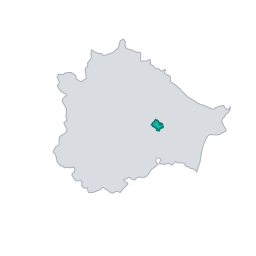 Nyasvizh, Minsk, Belarus (highlighted), rotated 209°
{"feature_id": "67162791B10653728732828", "entity_name": "Nyasvizh", "entity_type": "district", "adm_level": 2, "iso_a3": "BLR", "parent_name": "Belarus", "parent_adm1": "Minsk", "projection": "mercator", "projection_center": [26.624, 53.238], "detail": "fine", "context": "in_parent", "style": "filled", "palette": "teal", "viewbox_px": 256, "rotation_deg": 209, "n_neighbors": 0, "source": "geoboundaries", "source_scale": "gbopen_adm2", "svg_char_len": 5673}
<svg xmlns="http://www.w3.org/2000/svg" viewBox="0 0 256 256"><g transform="rotate(209 128 128)"><path d="M197.7,178.7L194.3,178.5L190.1,178.6L187.8,180.3L185.2,179.5L183.4,180.4L179.3,184.8L177.7,187.2L176.2,190.9L175.3,193.7L175.8,195.6L176.5,197.3L176.7,199.2L177.1,200.7L176.1,201.8L175.5,203.4L173.8,203.1L171.6,201.6L171.2,199.4L169.6,197.9L168.5,197.1L166.7,197.0L163.9,197.7L160.2,198.3L157.4,198.4L155.9,199.2L153.6,199.9L152.8,199.0L151.5,196.6L150.5,194.1L149.8,193.0L149.2,192.7L148.4,192.8L147.5,193.6L146.9,194.4L144.6,195.3L143.5,196.2L142.4,198.4L141.6,198.3L140.9,197.8L140.0,195.2L138.8,194.7L136.8,194.6L134.4,194.1L132.4,193.3L131.7,193.5L130.5,194.6L129.2,194.7L126.5,193.8L125.9,194.2L124.3,197.0L123.6,197.1L123.1,196.8L123.4,194.4L121.8,193.5L119.1,193.4L117.1,193.7L116.2,193.6L115.7,193.1L113.4,189.1L112.1,188.8L109.9,189.0L106.7,188.5L102.9,187.6L100.8,187.3L99.7,186.3L97.4,186.0L91.2,184.3L88.6,184.0L84.9,184.0L79.2,183.6L75.5,183.8L73.8,184.4L71.9,184.7L65.1,185.2L62.6,185.7L61.9,186.5L61.2,188.4L58.4,191.6L55.6,193.8L55.1,194.0L53.6,192.8L52.2,192.5L50.7,192.3L49.6,192.7L48.9,193.2L49.0,195.7L48.8,196.0L47.6,193.0L47.7,190.3L48.4,188.8L49.2,187.4L48.9,185.3L49.7,182.5L49.7,180.5L49.3,179.7L48.7,178.7L46.9,177.6L46.2,176.7L43.8,175.5L41.4,174.1L41.0,173.2L41.1,172.6L41.5,171.7L43.3,169.0L45.3,166.3L46.5,165.3L53.2,161.9L54.2,160.7L54.5,158.7L54.4,154.6L54.0,150.9L53.5,148.4L52.2,143.5L48.7,133.5L46.6,122.9L48.0,123.6L51.2,123.8L53.7,123.1L55.0,123.0L56.2,123.2L59.5,122.6L60.4,123.6L61.8,124.4L64.8,123.2L67.4,121.7L70.1,121.9L70.4,121.1L71.1,117.4L71.9,116.6L75.1,116.9L76.3,116.3L77.6,114.4L79.5,113.2L81.1,113.2L82.7,111.9L83.5,112.8L83.9,114.4L83.4,115.6L83.6,116.1L84.7,116.7L86.7,116.7L88.0,116.2L88.3,115.5L88.3,114.2L87.9,113.0L87.1,111.9L85.5,111.4L84.5,111.4L84.3,110.7L84.6,109.3L85.6,106.7L86.8,104.3L87.5,103.4L87.6,102.6L87.5,101.2L87.5,98.6L88.5,94.9L90.0,92.2L91.9,91.3L94.2,90.8L95.7,89.5L96.5,88.0L97.1,85.7L97.9,85.2L103.5,85.5L104.4,83.1L104.9,82.5L105.9,81.8L106.7,80.9L106.4,80.3L105.0,79.9L101.6,79.5L100.9,78.7L101.1,77.7L102.0,75.3L102.9,72.1L103.3,69.7L103.4,68.2L103.9,67.8L106.6,67.4L107.6,66.9L109.9,63.5L111.8,62.9L116.4,63.8L118.6,63.7L121.3,64.0L121.6,63.6L122.5,60.3L127.2,54.9L129.6,53.1L131.2,52.6L131.7,52.7L134.2,55.6L134.8,55.7L136.5,54.5L139.3,54.4L140.7,55.4L142.6,58.9L143.6,59.3L146.3,57.3L147.9,56.7L148.9,56.7L154.1,59.4L154.5,60.3L154.6,61.3L153.7,64.4L154.8,66.4L156.1,67.7L158.8,65.5L159.8,64.9L160.9,64.9L162.3,64.1L163.4,62.9L164.4,62.5L166.3,62.7L169.8,62.5L173.9,64.4L174.2,64.9L176.3,67.2L177.0,68.3L177.6,68.6L178.7,69.7L180.2,70.4L181.2,70.2L181.7,70.5L182.1,71.4L182.1,72.8L182.0,76.9L180.5,79.1L180.3,79.8L180.4,80.7L181.6,82.5L183.1,85.3L183.4,86.8L183.4,88.0L181.4,91.5L180.7,92.3L180.2,94.1L180.0,95.8L180.1,96.5L183.5,99.3L186.0,100.8L186.6,101.5L186.6,102.0L185.3,104.9L185.2,105.7L187.2,106.9L188.3,108.9L189.3,112.0L191.2,115.0L198.3,119.3L198.9,120.1L199.1,121.0L198.9,123.1L197.6,126.9L198.8,127.5L201.9,127.4L205.7,127.8L210.3,130.6L210.3,131.8L209.8,132.9L210.1,134.1L210.6,135.1L214.6,138.1L214.9,139.0L215.0,140.4L214.9,141.5L213.8,141.7L212.6,142.2L210.6,143.5L209.8,145.4L206.6,147.9L204.6,149.0L203.1,149.0L199.3,148.5L198.0,147.3L197.4,146.2L196.0,145.7L194.1,145.6L191.4,145.8L190.9,146.1L190.5,147.5L189.3,149.9L188.5,151.3L191.9,155.9L193.6,157.9L194.1,159.0L194.1,159.9L193.3,160.9L193.4,162.8L195.0,165.5L194.5,165.9L194.3,169.1L194.3,172.5L194.8,173.3L195.7,173.9L196.4,175.2L197.6,178.0L197.7,178.7Z" fill="#d9dde1" stroke="#a8b0b8" stroke-width="1"/><path d="M99.3,140.8L99.3,141.0L99.5,141.4L99.4,141.7L99.4,141.8L99.5,142.0L99.8,142.1L99.9,142.3L99.7,142.6L99.7,143.1L99.7,143.4L99.7,143.7L99.5,143.9L99.3,143.9L98.9,143.9L98.8,144.0L98.7,144.3L98.7,144.5L98.3,144.6L98.2,144.7L98.2,145.0L98.0,145.3L97.9,145.4L97.6,145.5L97.6,145.8L97.7,146.0L98.0,146.1L98.5,146.2L98.7,146.4L98.8,146.7L98.9,146.9L99.1,147.3L99.3,147.5L99.5,147.7L99.7,148.0L100.0,148.1L100.5,148.3L100.8,148.2L101.0,148.2L100.9,147.9L100.8,147.7L100.7,147.6L100.5,147.4L100.4,147.2L100.5,147.2L100.7,146.9L100.9,146.9L101.0,146.9L101.1,147.0L101.3,147.2L101.5,147.2L101.6,147.4L101.7,147.6L101.8,147.7L102.0,147.8L102.3,147.7L102.5,147.8L102.7,148.0L102.9,147.9L103.0,147.9L103.1,147.7L103.0,147.3L103.2,147.5L103.4,147.7L103.6,147.8L103.9,148.0L104.2,148.1L104.4,148.3L104.6,148.5L105.0,148.7L105.1,148.8L105.3,148.7L105.5,148.6L105.9,148.4L106.0,148.5L106.1,148.8L106.3,148.9L106.5,149.0L106.6,148.9L106.7,148.7L106.9,148.5L107.0,148.5L107.3,148.7L107.5,148.7L107.7,148.8L107.7,148.7L107.7,148.4L107.8,148.3L108.0,148.2L108.0,147.9L107.9,147.8L107.9,147.7L107.9,147.4L108.1,147.1L108.2,146.8L108.2,146.6L108.2,146.4L108.3,146.3L108.3,146.2L108.2,145.9L108.2,145.7L108.3,145.5L108.4,145.4L108.5,145.2L108.4,145.1L108.5,145.0L108.6,144.9L108.7,144.7L108.5,144.4L108.6,144.2L108.8,144.1L108.9,143.9L108.8,143.4L108.9,143.1L108.9,142.9L108.9,142.5L109.0,142.3L109.0,142.2L108.9,142.1L108.6,142.0L108.4,142.0L108.1,142.1L107.9,142.1L107.6,142.0L107.5,141.9L107.5,141.7L107.4,141.6L107.1,141.5L107.1,141.8L106.8,142.0L106.7,142.0L106.4,142.0L106.2,141.9L105.9,141.8L105.7,141.8L105.4,142.0L105.2,142.0L105.0,141.9L104.9,141.9L104.6,142.0L104.4,141.8L104.5,141.7L104.5,141.4L104.4,141.4L104.2,141.4L103.9,141.3L103.7,141.4L103.6,141.5L103.3,141.6L103.2,141.6L102.9,141.5L102.8,141.4L102.6,141.2L102.4,141.3L102.2,141.4L101.9,141.4L101.6,141.3L101.4,141.2L101.4,140.9L101.5,140.8L101.6,140.7L101.8,140.6L102.0,140.3L102.0,140.1L101.6,140.1L101.2,140.1L100.9,140.1L100.5,140.2L100.0,140.3L99.7,140.5L99.4,140.7L99.3,140.8Z" fill="#14b8a6" stroke="#0f766e" stroke-width="1.5"/></g></svg>